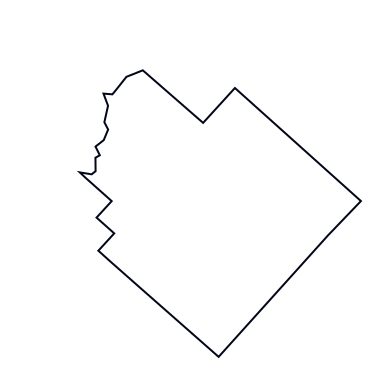 Christian, Illinois, United States of America (Equal Earth projection), rotated 312°
{"feature_id": "52423323B8953724848659", "entity_name": "Christian", "entity_type": "district", "adm_level": 2, "iso_a3": "USA", "parent_name": "United States of America", "parent_adm1": "Illinois", "projection": "equal_earth", "projection_center": [-89.314, 39.586], "detail": "fine", "context": "isolated", "style": "outline", "palette": "ink", "viewbox_px": 384, "rotation_deg": 312, "n_neighbors": 0, "source": "geoboundaries", "source_scale": "gbopen_adm2", "svg_char_len": 519}
<svg xmlns="http://www.w3.org/2000/svg" viewBox="0 0 384 384"><g transform="rotate(312 192 192)"><path d="M218.0,67.2L211.3,67.5L205.9,60.4L199.9,71.9L185.2,80.2L182.3,87.9L171.5,91.7L161.2,89.9L157.6,98.9L152.9,97.3L143.0,106.4L138.0,105.6L131.5,95.5L131.3,103.3L131.5,138.4L109.1,138.2L109.2,161.9L85.7,161.7L85.7,177.5L86.1,217.6L86.2,225.6L87.3,322.1L250.6,322.1L298.3,323.6L298.0,154.5L298.0,154.3L250.8,154.0L250.5,136.2L249.5,74.0L233.7,66.2L218.0,67.2Z" fill="none" stroke="#020617" stroke-width="2"/></g></svg>